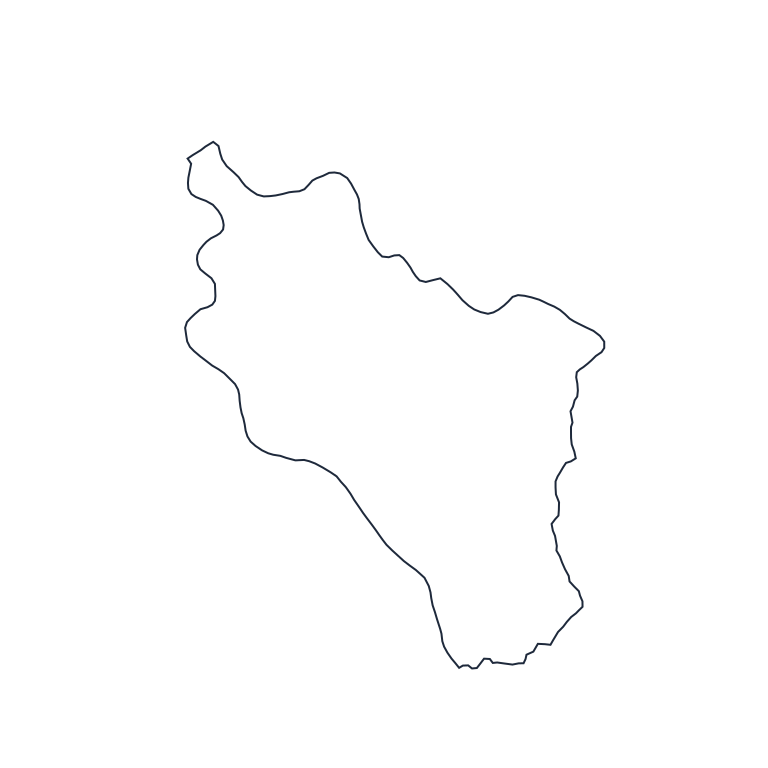 Pirapora, Minas Gerais, Brazil (Natural Earth projection), rotated 309°
{"feature_id": "56859067B69954433860239", "entity_name": "Pirapora", "entity_type": "district", "adm_level": 2, "iso_a3": "BRA", "parent_name": "Brazil", "parent_adm1": "Minas Gerais", "projection": "natural_earth1", "projection_center": [-44.864, -17.379], "detail": "fine", "context": "isolated", "style": "outline", "palette": "slate", "viewbox_px": 768, "rotation_deg": 309, "n_neighbors": 0, "source": "geoboundaries", "source_scale": "gbopen_adm2", "svg_char_len": 3399}
<svg xmlns="http://www.w3.org/2000/svg" viewBox="0 0 768 768"><g transform="rotate(309 384 384)"><path d="M210.7,621.0L214.8,622.5L218.3,626.5L218.3,631.4L221.7,634.9L227.2,634.8L233.5,634.6L236.9,639.3L235.7,644.1L238.8,647.2L242.4,653.2L246.8,660.4L251.7,664.5L254.8,668.2L259.3,667.1L263.3,665.1L270.0,668.5L278.9,667.1L283.0,672.7L286.1,677.5L291.6,676.6L295.9,676.0L300.8,675.3L308.1,676.0L314.1,675.8L320.8,676.1L326.6,677.5L330.9,677.9L335.8,678.5L340.0,675.0L342.9,669.5L345.6,665.8L346.3,659.3L347.3,652.5L351.1,648.3L354.0,641.2L357.4,634.6L360.7,629.1L363.1,622.8L366.9,620.2L370.3,616.3L373.6,612.5L376.3,607.5L380.7,602.3L386.7,602.1L391.5,602.4L396.1,599.2L402.2,594.5L406.4,587.1L411.6,582.4L416.3,578.6L421.4,577.1L425.5,576.6L432.1,575.6L437.2,575.1L441.4,577.9L446.9,579.8L451.2,574.5L455.2,567.9L459.7,563.4L464.8,559.2L468.4,556.3L472.6,554.8L476.8,550.0L480.2,546.1L485.3,545.1L491.3,542.4L495.8,542.1L500.9,538.8L506.0,534.0L510.2,529.1L514.5,526.4L518.6,527.0L522.6,528.3L528.1,529.5L532.8,530.3L539.1,531.0L545.7,533.0L550.6,532.5L555.5,528.5L557.3,521.6L557.1,513.4L555.1,505.2L553.3,497.3L552.2,492.0L551.6,487.0L552.2,480.5L552.3,474.0L551.3,467.6L549.5,461.3L548.4,456.4L547.2,451.6L544.1,444.0L541.0,437.7L537.4,432.2L532.6,429.1L526.3,428.7L520.7,427.9L513.8,426.2L508.5,424.0L504.0,420.6L500.7,413.8L498.7,407.2L498.1,400.7L498.5,392.2L499.8,385.2L500.9,378.3L501.6,370.2L501.6,361.3L495.3,356.5L489.6,352.3L486.9,346.5L487.8,340.8L489.3,335.8L491.1,331.4L492.7,325.8L494.0,319.6L493.8,314.8L490.4,311.1L485.5,307.9L481.9,302.4L482.5,296.4L484.2,289.0L486.3,281.4L489.6,275.4L493.0,269.7L496.3,264.9L501.0,259.4L505.0,254.7L508.3,251.8L511.9,247.9L514.3,243.7L516.3,238.7L519.0,232.3L520.9,225.8L519.9,217.2L517.2,212.4L513.6,208.5L507.4,205.6L501.4,202.1L497.0,200.3L491.4,200.1L485.3,199.6L480.5,196.9L476.5,192.7L473.3,189.6L467.8,185.6L462.4,181.2L458.3,177.2L454.1,172.5L451.3,166.2L450.6,158.8L450.6,151.8L451.7,146.5L453.3,140.8L453.9,133.9L454.3,124.7L456.6,117.0L459.9,111.9L464.8,105.6L464.7,98.9L456.1,95.8L450.5,94.5L441.5,91.3L435.6,89.5L433.8,95.5L427.4,98.9L421.3,102.1L416.9,105.1L412.6,109.1L410.4,114.8L410.9,120.0L412.4,125.0L414.2,130.2L415.6,138.3L414.3,146.0L412.4,151.5L409.6,156.0L406.6,159.4L402.8,161.7L398.1,161.7L394.1,160.4L388.3,157.8L382.8,156.5L378.6,156.2L372.3,156.2L366.7,157.8L363.2,160.2L359.6,164.3L357.5,169.1L357.4,175.4L357.6,183.3L355.4,189.6L351.3,193.2L346.2,197.7L342.2,200.3L337.6,200.6L332.6,198.5L326.6,194.3L319.1,192.9L313.5,192.2L308.1,191.9L302.5,194.1L297.2,199.8L293.2,204.3L290.7,209.8L290.0,215.7L289.8,223.9L290.0,230.0L290.2,238.9L291.3,246.0L291.8,252.9L290.9,261.8L290.2,268.3L287.8,274.1L284.7,278.1L280.1,282.4L275.5,287.2L271.7,291.8L268.9,296.2L264.9,301.2L260.6,305.9L257.3,310.9L255.3,316.6L255.0,323.2L255.7,331.0L257.3,337.6L259.3,342.4L262.9,348.6L265.0,354.4L268.9,363.2L274.7,369.7L276.9,374.4L278.9,380.5L280.5,388.8L281.8,398.1L282.4,405.3L280.9,412.0L279.8,419.3L277.6,427.1L275.1,433.8L273.6,439.0L272.2,443.7L270.6,448.9L269.0,455.0L267.0,463.1L265.3,469.5L263.5,475.7L262.0,481.2L260.6,487.1L259.8,495.5L258.9,510.9L259.1,518.1L259.5,525.8L258.9,537.4L255.2,545.9L251.3,551.3L247.3,555.5L242.6,561.1L238.8,567.1L234.6,573.2L231.6,577.8L229.0,581.8L226.1,585.8L220.8,591.2L217.7,596.0L215.1,602.4L213.1,609.3L212.0,615.0L210.7,621.0Z" fill="none" stroke="#1e293b" stroke-width="2"/></g></svg>